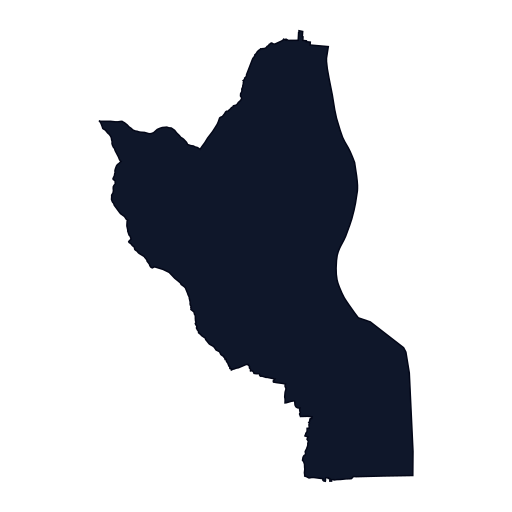 the district of Ionesti, Vâlcea, Romania
{"feature_id": "2599482B28875111653577", "entity_name": "Ionesti", "entity_type": "district", "adm_level": 2, "iso_a3": "ROU", "parent_name": "Romania", "parent_adm1": "Vâlcea", "projection": "natural_earth1", "projection_center": [24.222, 44.864], "detail": "fine", "context": "isolated", "style": "filled", "palette": "ink", "viewbox_px": 512, "rotation_deg": 0, "n_neighbors": 0, "source": "geoboundaries", "source_scale": "gbopen_adm2", "svg_char_len": 6045}
<svg xmlns="http://www.w3.org/2000/svg" viewBox="0 0 512 512"><path d="M412.8,475.5L413.0,451.4L409.3,373.0L405.9,352.1L403.6,347.7L370.3,321.9L358.3,317.8L354.6,312.9L348.6,304.4L346.1,300.7L344.2,297.7L341.9,293.1L339.3,287.0L337.9,283.1L337.0,279.6L336.3,274.3L336.1,268.2L336.5,260.5L337.2,255.3L338.2,251.8L339.5,248.5L340.7,246.0L343.9,240.0L345.7,236.1L349.7,225.2L351.8,218.8L354.0,210.3L355.5,203.1L357.4,190.8L357.5,188.3L357.5,185.4L357.2,181.1L356.6,175.9L354.6,162.5L352.4,156.8L350.2,151.7L348.3,147.9L344.6,141.5L342.6,137.4L340.1,130.2L336.5,118.2L334.7,109.7L332.3,94.9L329.0,78.2L327.3,68.7L326.5,61.5L326.5,58.1L328.3,46.6L310.1,45.0L310.3,42.1L306.3,41.7L306.4,40.8L302.8,40.4L303.0,36.8L302.3,36.6L302.7,31.5L299.0,30.7L299.0,32.6L298.6,32.6L298.2,40.3L288.3,40.4L286.1,39.2L285.9,40.2L283.7,39.1L283.0,40.1L281.6,41.0L274.8,44.1L272.8,43.8L272.0,43.1L271.2,43.0L269.9,44.1L269.3,44.3L268.5,45.6L267.1,46.4L266.2,47.6L265.5,48.1L264.3,48.5L262.0,48.7L261.5,48.9L260.6,48.8L260.1,49.5L258.8,50.3L257.3,51.7L256.9,52.5L256.0,53.8L254.8,54.9L255.0,55.8L254.5,56.1L253.7,57.6L253.1,58.0L252.5,59.2L246.8,74.0L246.6,74.3L246.5,75.5L246.3,76.3L245.8,77.1L244.6,78.1L244.7,79.0L244.6,79.3L243.2,80.6L243.6,80.8L243.6,81.5L243.3,82.5L243.3,83.9L242.8,85.6L242.7,87.0L241.8,89.0L241.9,91.1L241.4,92.4L240.7,93.4L240.6,93.9L240.5,96.0L241.4,97.4L241.6,98.0L241.5,98.8L240.9,99.9L240.1,100.9L238.4,102.4L237.1,104.3L236.6,104.8L236.1,105.1L233.4,105.8L233.0,106.8L231.4,107.7L230.6,108.8L228.8,110.3L228.3,111.0L227.5,111.2L226.6,111.2L226.0,111.6L225.5,112.1L224.6,113.7L222.4,116.5L220.4,117.3L219.6,118.0L218.3,121.8L217.2,124.3L214.7,128.3L212.5,131.7L207.6,138.1L204.8,142.7L202.2,146.2L200.0,149.4L198.8,148.4L197.4,147.5L195.0,146.9L193.5,146.0L190.8,145.6L187.6,144.5L186.5,142.3L183.6,139.2L182.4,138.3L180.7,137.3L179.3,135.5L176.6,132.9L174.6,130.3L171.3,128.0L168.9,127.8L166.8,127.1L162.3,127.5L160.1,128.2L157.3,129.4L153.6,132.7L151.4,133.5L150.2,133.7L149.0,133.7L144.5,132.4L140.9,132.2L139.0,131.9L137.3,131.3L135.3,131.0L132.9,130.0L131.1,128.3L129.0,126.9L127.2,124.9L124.3,122.6L123.6,122.4L122.5,121.5L121.3,121.3L118.0,121.8L115.3,121.8L110.7,121.3L100.5,121.3L99.0,120.7L100.2,122.0L101.0,123.4L102.4,127.1L102.7,128.3L103.3,128.9L104.5,129.5L105.6,130.4L107.7,133.0L109.0,134.1L110.3,135.7L111.3,137.7L111.6,139.8L112.0,141.0L112.1,141.9L112.0,143.6L112.4,145.0L113.4,147.2L114.6,148.6L114.9,149.9L115.3,150.9L118.4,156.8L119.6,159.8L120.3,160.7L121.1,161.4L118.7,163.7L117.5,164.5L116.5,165.9L115.5,168.5L115.0,170.3L114.9,171.2L115.2,172.2L114.6,174.0L114.5,175.4L113.0,178.6L113.0,178.9L113.3,179.5L115.1,180.8L115.2,182.8L115.4,183.4L115.3,183.7L114.0,185.4L113.3,186.7L113.2,188.3L113.4,190.9L112.9,193.2L111.9,194.6L111.6,195.6L111.7,196.5L111.5,199.4L112.3,201.6L112.7,202.3L113.6,203.2L114.3,205.3L119.7,212.6L120.6,213.7L124.5,216.5L126.4,219.4L126.9,219.7L127.7,219.9L127.8,220.0L127.1,221.4L126.9,224.9L126.9,226.1L127.8,230.2L127.7,231.0L129.1,235.1L130.2,236.3L131.0,238.9L131.0,239.3L129.4,240.7L128.7,241.7L129.1,242.5L130.8,243.6L132.3,245.5L134.3,247.2L134.5,247.5L134.5,248.2L134.7,249.2L135.3,250.0L137.0,251.1L138.4,252.8L139.3,253.5L144.2,256.5L144.7,257.3L146.8,259.8L147.1,261.2L149.3,264.0L149.8,265.5L150.6,266.9L151.0,267.2L152.2,267.9L154.0,267.1L154.2,266.7L163.0,269.4L169.2,272.4L174.7,278.2L180.3,282.8L181.2,284.5L183.9,286.4L185.3,287.7L187.7,293.5L188.0,294.6L189.2,297.0L189.3,298.3L190.2,302.1L190.1,303.8L190.3,305.0L190.6,305.6L191.2,306.4L190.8,307.3L191.1,308.6L190.9,309.5L192.1,310.4L194.0,312.0L194.5,314.3L195.1,315.1L195.4,317.0L195.3,317.8L195.5,320.9L195.8,321.5L196.0,322.5L195.4,323.2L195.3,323.7L196.0,325.1L196.8,325.9L196.7,326.4L196.9,326.7L196.9,327.1L196.5,327.6L196.5,328.2L197.0,328.9L197.2,329.7L198.3,330.8L198.6,332.8L200.6,334.4L201.6,335.6L205.4,338.2L205.6,339.4L205.8,339.7L209.3,344.0L211.6,345.4L212.6,345.8L213.3,346.5L214.1,347.0L216.1,350.0L219.3,351.6L219.8,352.2L220.6,354.0L221.1,354.7L222.9,356.0L223.6,356.3L223.8,357.0L224.7,357.9L225.0,359.0L225.1,358.9L225.8,359.0L225.8,359.4L226.3,359.7L226.1,360.4L226.7,361.7L227.9,363.3L228.3,364.6L228.6,365.2L228.9,366.1L229.6,366.5L229.8,367.1L229.8,368.3L230.2,368.7L231.3,368.8L231.4,370.0L233.0,369.2L234.1,369.0L236.1,368.2L238.4,367.8L246.1,364.5L247.3,364.5L247.9,364.3L248.2,365.1L248.8,365.3L249.2,366.2L249.6,366.8L249.4,367.6L249.4,367.9L250.2,368.8L250.5,369.3L250.6,369.9L250.4,370.9L250.5,371.0L252.1,370.7L253.4,371.8L254.0,373.4L256.1,373.7L259.2,373.7L259.7,374.2L259.6,375.1L260.3,376.1L261.1,376.3L261.3,376.2L261.5,376.0L266.0,377.4L267.4,377.4L274.9,379.0L273.2,381.0L273.5,382.1L273.8,382.1L276.4,382.6L282.3,383.4L285.5,384.0L285.1,385.2L285.1,386.5L285.8,388.0L286.0,389.0L285.1,392.2L284.7,396.8L284.8,397.8L285.0,398.4L285.1,400.4L285.0,402.9L286.2,402.8L290.6,401.5L290.6,401.4L293.9,400.9L294.5,401.0L294.7,401.4L295.0,404.9L295.4,405.9L296.1,407.0L297.5,407.8L299.3,408.1L300.0,408.0L299.6,409.4L299.8,411.1L300.4,412.3L300.3,412.6L299.7,413.4L299.6,414.2L300.4,416.3L300.6,416.3L300.6,416.5L307.9,416.3L312.0,416.8L311.7,418.5L310.7,418.5L310.4,419.1L309.9,419.1L309.8,420.3L309.2,422.4L308.8,422.5L309.4,423.6L308.9,424.8L309.2,426.8L309.1,428.2L307.1,428.3L307.1,430.9L306.9,431.9L305.8,433.3L305.7,434.1L304.9,435.9L308.1,437.0L307.6,437.8L307.0,439.2L308.2,441.0L308.3,441.6L307.8,443.3L307.8,445.3L307.4,446.4L307.3,447.4L307.0,447.5L306.8,448.4L305.2,451.5L305.4,453.0L305.6,453.8L305.1,455.0L304.3,455.3L303.6,456.1L303.0,457.4L302.6,459.7L302.5,460.3L303.4,461.3L303.9,462.3L304.5,464.3L304.6,467.4L304.8,469.1L304.4,472.8L304.7,474.9L304.7,476.1L306.4,476.6L308.8,477.9L309.5,477.9L311.7,477.5L313.8,477.5L322.9,478.7L322.8,480.0L323.6,480.9L325.3,481.3L325.5,480.6L325.5,478.1L325.8,477.7L328.4,477.7L328.3,478.5L329.9,478.6L329.8,481.1L331.6,481.1L331.6,479.6L334.0,479.6L334.1,480.0L336.8,479.6L340.4,479.5L345.8,478.9L351.2,478.7L352.3,477.8L353.4,476.5L356.2,476.7L383.1,476.0L412.8,475.5Z" fill="#0f172a" stroke="#020617" stroke-width="1.5"/></svg>